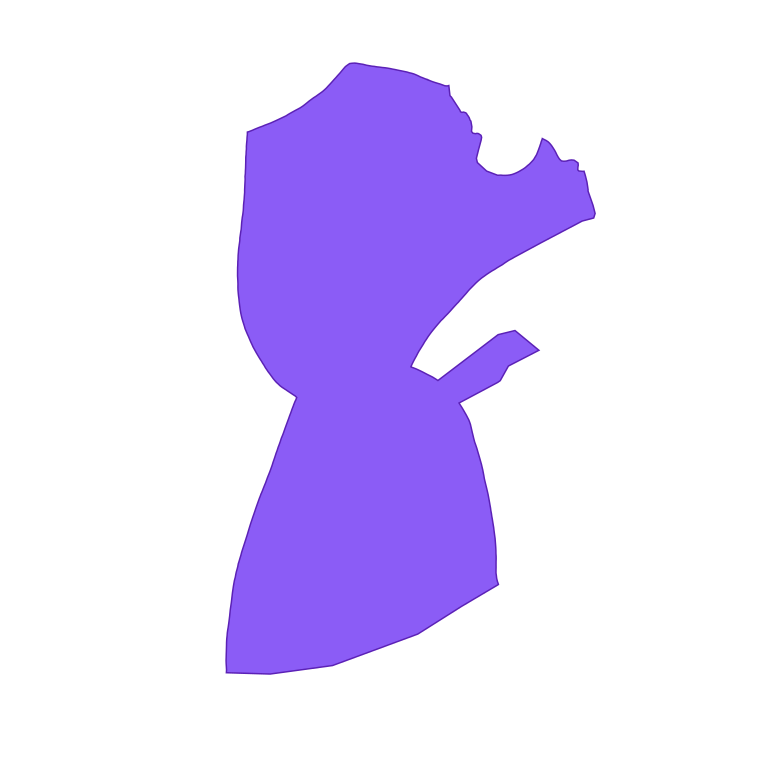 Al Quraishyah, Al Bayda', Yemen, rotated 190°
{"feature_id": "15242507B46472407161282", "entity_name": "Al Quraishyah", "entity_type": "district", "adm_level": 2, "iso_a3": "YEM", "parent_name": "Yemen", "parent_adm1": "Al Bayda'", "projection": "robinson", "projection_center": [44.898, 14.605], "detail": "fine", "context": "isolated", "style": "filled", "palette": "violet", "viewbox_px": 768, "rotation_deg": 190, "n_neighbors": 0, "source": "geoboundaries", "source_scale": "gbopen_adm2", "svg_char_len": 6136}
<svg xmlns="http://www.w3.org/2000/svg" viewBox="0 0 768 768"><g transform="rotate(190 384 384)"><path d="M460.2,695.2L463.9,695.1L466.6,695.1L468.1,695.0L468.1,694.9L468.8,694.9L471.3,694.3L473.5,693.6L475.4,691.7L477.1,689.9L478.5,687.6L480.0,685.0L481.3,682.7L483.2,679.7L484.5,677.5L486.0,675.2L487.4,672.9L488.9,670.5L490.6,667.9L492.1,665.5L493.6,663.5L495.2,661.5L497.2,659.4L499.0,657.6L500.9,655.6L503.0,653.7L505.2,651.4L507.0,649.5L508.6,647.6L510.7,645.2L512.3,643.5L514.4,641.5L516.4,639.9L518.6,638.2L523.3,634.4L525.2,632.8L527.0,631.1L529.1,629.6L531.2,628.1L533.6,626.4L536.3,624.5L541.0,621.3L543.7,619.7L546.1,618.3L548.7,616.6L551.2,615.2L553.3,613.9L555.5,612.5L557.7,611.0L561.0,609.0L562.3,608.4L561.9,606.1L561.7,603.3L561.3,600.1L561.1,597.2L560.8,594.2L560.3,591.5L560.1,589.0L559.7,586.2L559.5,583.4L558.6,577.9L558.2,575.2L557.8,572.5L557.5,569.9L557.1,567.2L556.9,564.2L556.3,561.5L555.0,551.2L554.5,548.4L554.2,545.2L553.8,541.6L553.4,535.9L553.0,532.9L552.7,530.3L552.5,526.4L552.5,523.5L552.2,518.3L551.5,511.6L551.5,508.9L551.3,502.8L550.9,500.2L550.6,491.7L550.3,488.7L550.0,485.4L549.4,481.2L549.2,479.2L548.8,476.6L548.5,474.4L548.5,474.0L548.0,470.9L547.5,467.9L547.0,465.0L545.8,460.0L545.2,457.2L544.7,454.1L544.1,451.1L543.3,448.1L542.6,445.6L541.7,442.8L540.9,439.9L540.0,436.9L539.2,434.4L538.4,431.9L537.3,428.8L536.2,426.1L535.1,423.6L534.0,421.4L532.8,419.1L531.5,416.6L530.4,414.3L527.3,409.5L525.7,407.2L524.1,404.7L522.4,402.1L520.9,400.0L519.5,397.9L517.4,395.3L515.3,392.7L511.5,388.3L509.7,386.3L508.8,385.4L507.3,383.6L505.3,381.5L504.1,380.0L503.5,379.3L502.2,378.0L500.1,375.8L498.1,374.0L494.1,370.1L492.1,368.4L490.2,366.9L488.1,365.6L486.2,364.3L483.9,363.1L481.8,362.2L476.6,359.9L474.3,358.9L471.8,357.8L469.2,356.7L467.6,355.6L467.8,354.7L468.0,353.3L468.3,352.4L468.7,350.9L469.4,347.5L469.5,346.6L469.8,345.3L470.3,342.6L470.8,339.5L471.4,336.5L471.9,333.4L472.4,330.7L473.6,324.0L474.6,317.9L475.1,315.4L475.7,312.8L476.1,309.8L476.1,309.6L476.6,306.7L477.0,304.5L477.2,303.7L477.7,300.0L478.3,296.8L478.6,294.5L479.1,291.1L479.7,287.4L480.0,284.8L481.2,277.8L482.5,271.7L483.0,268.8L483.5,265.9L484.1,263.3L484.7,260.4L485.3,257.2L485.6,256.1L485.7,255.4L486.0,254.5L486.5,251.5L486.7,250.8L487.5,246.2L488.1,242.6L488.7,239.0L489.1,236.2L489.6,233.0L490.1,230.0L490.5,227.2L491.0,224.0L491.4,220.9L492.2,214.2L492.5,211.6L493.3,205.7L493.7,202.8L494.5,197.1L495.0,193.4L495.2,190.4L495.6,187.3L495.9,184.5L496.3,181.5L496.3,178.8L496.5,176.3L496.8,173.4L496.9,170.8L496.9,167.9L497.2,164.4L497.2,159.1L497.0,152.2L496.8,149.0L496.6,145.8L496.4,142.2L496.2,135.2L495.7,128.7L495.4,122.8L495.3,120.0L495.2,117.1L495.2,114.5L495.1,111.7L494.8,108.7L494.6,105.7L494.2,102.3L493.7,99.2L492.8,93.1L492.4,90.3L492.0,87.7L491.5,84.2L490.8,80.9L490.1,78.0L489.4,75.0L489.1,72.3L445.8,78.6L385.8,97.8L307.3,143.6L269.1,178.4L236.5,206.4L236.7,206.9L238.1,209.4L239.3,212.2L240.1,214.9L240.9,217.3L241.4,220.3L241.8,222.9L242.3,225.6L242.8,228.5L243.2,231.3L243.7,233.9L244.4,236.8L244.9,239.5L245.5,242.2L246.3,245.4L247.0,248.1L247.8,251.2L248.6,253.7L250.4,259.4L251.1,261.8L252.2,264.9L253.1,267.5L254.0,270.1L254.9,272.5L255.7,275.0L256.8,277.9L257.6,280.5L258.6,283.2L259.6,286.0L261.5,291.1L262.4,293.5L264.7,298.9L265.8,301.4L266.9,303.9L267.9,306.2L268.9,308.6L269.8,311.2L271.9,316.7L272.9,319.0L274.0,321.6L275.1,323.9L276.4,326.6L277.6,329.1L278.7,331.3L280.0,333.9L281.2,336.4L282.6,339.0L284.7,342.7L285.1,343.6L286.3,346.2L287.4,348.8L288.6,351.5L290.7,356.5L291.4,358.1L291.7,358.9L292.9,361.1L294.2,363.3L295.9,365.5L297.5,367.6L299.5,370.0L301.4,372.3L303.4,374.6L305.1,376.4L306.8,378.3L272.3,405.3L270.1,407.5L264.6,423.3L237.3,444.1L264.3,459.4L280.2,452.4L296.4,434.8L331.5,396.8L332.1,397.1L334.7,398.2L337.2,399.2L339.8,400.0L342.9,400.9L347.9,402.5L350.3,403.2L352.5,403.8L354.8,404.4L357.7,405.0L360.0,405.4L360.5,405.6L360.4,406.0L359.7,408.8L358.9,411.5L357.9,414.6L357.0,417.1L356.2,419.8L355.3,422.4L353.3,427.3L352.2,430.0L351.2,432.8L350.0,435.4L348.8,438.3L347.5,441.0L346.2,443.6L344.7,446.3L343.2,449.0L341.8,451.4L338.9,456.3L337.2,458.6L335.8,460.8L332.8,465.2L331.2,467.7L329.8,470.0L328.0,472.9L326.0,476.0L325.0,477.4L323.8,479.5L322.2,482.0L320.5,484.8L319.0,487.2L317.4,490.0L316.1,492.1L314.5,494.4L311.1,499.3L309.6,501.3L308.0,503.3L306.2,505.4L304.3,507.3L302.0,509.7L299.6,512.0L297.1,514.3L294.9,516.1L292.7,518.2L290.6,520.0L288.1,522.1L286.2,524.1L284.4,525.8L282.6,527.5L280.7,529.0L278.8,530.5L278.3,531.0L254.6,549.8L217.1,578.9L206.3,583.9L205.7,588.6L209.2,596.3L216.6,609.5L216.7,610.6L217.5,613.1L219.2,618.1L220.6,621.3L221.8,624.0L223.2,626.8L224.0,628.3L224.7,628.0L229.0,627.6L230.4,628.6L230.7,631.3L230.7,633.2L231.3,635.4L235.6,637.4L235.8,637.4L238.3,637.2L240.6,636.5L243.2,635.2L245.6,634.6L248.0,634.5L250.2,635.9L251.9,637.7L253.6,639.8L255.0,641.8L256.5,643.7L258.4,645.8L260.5,648.0L262.5,649.7L264.4,651.0L266.7,652.0L269.1,652.7L270.7,653.2L270.7,652.8L271.2,650.2L271.5,647.5L271.7,646.4L271.9,644.9L272.0,644.4L272.5,641.6L273.0,639.0L273.6,636.2L274.7,633.4L275.6,631.0L277.1,628.6L278.9,625.9L280.4,624.2L282.4,621.7L284.1,620.0L286.2,618.2L288.2,616.5L290.1,615.1L292.1,613.8L294.2,612.6L296.4,611.7L298.7,611.0L300.9,610.5L303.5,610.1L305.2,610.0L308.3,609.3L319.9,611.5L330.5,618.3L332.2,622.3L331.6,630.9L330.7,640.9L330.7,643.9L331.6,645.7L332.6,646.2L334.4,647.0L336.0,647.0L337.3,646.4L339.9,646.4L341.7,647.9L342.1,652.5L344.1,658.0L345.0,658.7L346.3,661.0L347.6,662.5L348.7,663.5L349.8,664.8L350.7,665.3L352.8,665.6L354.0,665.2L354.5,665.0L355.9,665.4L356.8,666.8L367.4,678.2L369.1,679.4L372.0,689.2L373.4,688.5L375.4,688.3L376.1,688.3L378.8,688.8L381.1,689.2L383.9,689.5L386.3,689.8L389.0,690.2L391.5,690.7L393.8,691.3L393.7,691.1L396.4,691.7L399.1,692.3L401.4,692.7L403.7,693.4L406.0,694.0L408.3,694.5L410.7,694.8L413.0,694.9L415.3,695.2L417.6,695.3L417.8,695.3L425.5,695.5L427.8,695.6L430.1,695.6L432.6,695.7L435.4,695.7L438.2,695.6L440.6,695.4L443.3,695.3L446.1,695.1L448.7,695.1L451.0,694.9L453.4,694.9L456.5,694.9L460.2,695.2Z" fill="#8b5cf6" stroke="#5b21b6" stroke-width="1.5"/></g></svg>